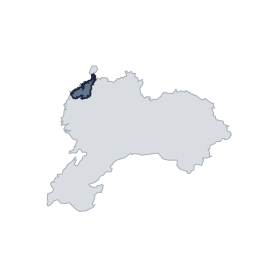 Guangdong highlighted on a map of China, rotated 165°
{"feature_id": "CHN-1180", "entity_name": "Guangdong", "entity_type": "Province", "adm_level": 1, "iso_a3": "CHN", "parent_name": "China", "parent_adm1": "", "projection": "albers", "projection_center": [112.97, 22.878], "detail": "fine", "context": "in_parent", "style": "filled", "palette": "slate", "viewbox_px": 256, "rotation_deg": 165, "n_neighbors": 0, "source": "natural_earth", "source_scale": "10m", "svg_char_len": 9128}
<svg xmlns="http://www.w3.org/2000/svg" viewBox="0 0 256 256"><g transform="rotate(165 128 128)"><path d="M139.9,183.5L135.0,181.4L134.7,179.3L135.6,178.2L132.1,177.4L130.0,175.6L124.8,178.6L123.7,177.5L121.2,178.7L119.4,177.4L118.0,178.8L116.4,178.2L115.7,179.1L116.1,183.6L114.3,183.3L113.8,181.0L110.2,181.8L109.5,179.5L106.8,178.8L108.3,175.6L106.0,174.4L105.6,171.5L106.3,170.6L101.5,171.0L102.1,169.8L101.6,168.1L103.0,165.7L106.3,163.5L106.9,156.6L105.7,156.5L105.2,154.0L103.8,152.4L102.4,153.5L98.8,152.3L100.0,151.0L99.6,149.7L98.5,150.1L99.4,148.9L98.4,148.0L95.9,149.4L93.3,147.9L88.0,150.0L85.6,152.5L83.0,153.0L80.7,151.3L75.9,149.6L71.6,153.0L71.2,149.7L67.4,150.2L64.0,148.4L63.2,149.0L62.4,148.1L61.7,148.8L60.8,147.1L58.9,146.6L59.2,145.5L56.2,143.6L56.0,142.3L54.1,142.1L49.7,136.4L47.5,135.9L46.2,136.8L40.5,129.9L39.2,130.0L39.7,127.4L39.1,124.9L41.9,125.7L41.6,119.4L42.7,118.4L40.7,116.5L40.7,113.1L34.8,110.3L34.2,109.2L34.5,106.8L30.3,103.7L32.9,103.4L32.4,102.4L33.0,99.3L29.9,97.6L30.2,94.3L31.2,94.0L32.0,92.4L35.1,91.5L37.5,91.5L37.6,92.8L39.7,93.2L42.2,91.1L46.1,91.9L48.5,90.5L53.6,89.8L53.9,87.5L55.3,86.9L55.0,86.2L56.3,86.1L55.7,82.3L56.6,80.1L54.9,79.1L60.9,78.6L63.3,80.0L63.8,79.0L63.0,78.2L66.4,72.9L71.5,75.2L73.8,74.8L75.2,70.5L78.0,70.2L79.3,68.4L82.2,68.6L82.3,70.9L88.9,75.2L90.5,79.5L88.8,83.1L89.3,84.4L97.4,86.5L102.9,89.7L102.7,90.6L105.5,96.0L121.9,98.2L123.9,99.8L128.8,101.7L131.4,101.4L131.3,102.2L132.9,102.6L138.8,100.2L147.1,99.9L150.6,98.7L152.6,96.6L155.5,95.2L153.9,92.7L155.5,90.1L160.8,91.3L163.9,88.9L167.4,88.6L170.1,85.5L172.5,85.1L172.8,84.3L180.4,83.7L179.8,82.0L175.9,79.1L173.7,79.2L172.4,80.4L170.6,79.7L167.9,80.4L166.8,78.8L170.2,72.7L173.8,73.7L178.0,71.6L177.6,70.4L180.2,66.1L182.1,64.3L181.8,62.7L179.9,62.3L182.6,60.3L190.3,58.9L196.5,60.1L198.7,62.2L203.2,69.3L203.2,70.7L209.3,71.6L212.7,73.1L214.6,77.1L219.1,76.4L221.0,74.7L224.3,73.3L225.5,73.5L226.1,75.4L224.5,77.2L224.1,81.1L222.4,85.5L218.3,85.4L215.8,87.5L217.4,92.8L217.0,94.7L215.0,95.6L215.4,96.3L213.2,94.8L212.8,96.9L210.5,98.8L207.7,99.3L208.6,100.6L208.2,101.5L203.5,100.7L201.4,104.0L197.9,106.1L196.1,108.3L191.5,109.9L186.1,113.6L185.9,112.9L187.7,112.0L188.1,110.9L186.3,111.0L186.3,110.4L189.3,106.5L187.8,104.8L185.7,105.2L183.5,107.9L180.1,109.9L178.8,112.2L174.8,112.5L174.5,115.3L178.8,116.6L179.0,119.4L180.2,120.2L181.7,120.0L183.3,117.9L184.9,117.2L188.0,118.5L191.5,118.5L190.5,120.8L189.1,120.4L185.4,121.9L184.9,123.9L183.3,123.7L183.7,124.6L180.1,129.3L184.0,131.4L186.4,137.7L190.0,140.6L189.8,141.4L185.3,140.0L183.7,140.8L186.0,140.5L190.2,144.0L187.0,146.9L185.4,147.0L184.6,147.6L188.3,147.2L191.4,148.7L189.4,150.4L191.0,150.3L191.0,151.7L189.3,151.9L190.1,152.5L189.5,153.8L190.0,155.2L188.4,155.2L187.0,156.6L184.7,162.3L183.0,161.7L184.2,163.5L182.7,164.7L181.5,164.5L183.3,164.9L183.4,167.4L181.8,167.2L182.2,168.1L181.1,168.3L180.0,170.7L177.0,171.4L177.8,172.3L175.3,175.1L173.6,174.9L172.0,177.8L162.8,179.7L160.9,177.3L160.2,178.1L161.1,180.9L159.3,181.0L157.4,182.7L156.6,181.9L156.3,182.9L155.0,182.4L153.7,183.6L149.1,184.4L148.1,186.0L149.5,187.8L148.8,188.7L147.0,188.4L146.2,186.1L147.3,183.8L145.9,182.9L144.3,184.0L141.9,182.0L141.9,183.1L139.9,183.5ZM150.0,189.4L151.3,191.3L147.6,196.2L145.4,197.1L142.3,195.7L142.2,192.6L144.6,190.3L150.0,189.4ZM190.2,142.2L189.0,142.1L187.8,141.1L188.7,141.2L190.2,142.2ZM192.0,147.9L191.1,148.2L190.9,147.7L192.0,147.9ZM184.2,166.6L183.7,167.2L183.7,166.4L184.2,166.6ZM148.6,185.8L149.5,185.5L149.5,186.0L148.6,185.8Z" fill="#d9dde1" stroke="#a8b0b8" stroke-width="1"/><path d="M164.3,179.3L163.0,179.7L162.6,179.6L162.3,180.0L162.2,179.7L162.3,179.7L162.1,179.4L161.8,178.7L161.4,178.7L161.3,178.2L161.3,178.4L161.3,178.1L161.2,178.2L161.4,177.6L161.2,178.1L161.3,177.6L161.1,178.0L161.2,177.6L161.0,177.8L161.0,177.5L161.6,177.2L162.0,177.2L161.6,177.1L160.9,177.5L160.5,177.3L160.9,177.7L160.8,178.0L159.8,178.1L160.3,178.2L160.8,178.7L160.6,178.8L160.4,178.7L161.2,179.5L161.0,180.0L161.1,180.3L161.3,180.3L161.1,180.6L161.2,180.8L160.8,181.2L160.0,180.3L159.6,179.5L159.6,179.8L160.5,181.1L160.1,181.1L159.9,181.4L159.9,181.6L159.6,181.7L159.4,181.4L159.4,180.9L159.3,181.0L159.2,181.3L159.1,182.0L158.6,182.4L158.3,182.0L157.6,182.4L157.5,182.7L157.3,182.8L156.8,182.5L156.7,182.2L157.1,182.0L156.7,182.0L156.7,181.5L156.5,181.9L156.7,182.6L156.6,182.9L156.3,183.0L155.9,182.8L155.9,182.5L155.3,182.6L155.2,182.6L155.3,182.3L155.1,182.5L154.8,182.1L154.8,182.6L155.2,182.7L154.7,183.1L154.6,182.8L154.0,182.7L154.3,182.9L154.3,183.1L154.2,183.3L154.4,183.4L154.1,183.3L153.8,183.7L153.6,183.5L153.2,183.8L153.0,183.4L152.9,183.6L153.0,183.7L152.8,183.7L152.4,184.1L152.5,183.8L152.1,183.7L152.0,183.8L151.7,183.9L151.9,183.8L151.5,183.7L151.3,183.8L151.3,184.0L151.5,183.9L151.3,184.1L150.9,184.3L150.5,184.2L150.0,184.8L150.1,184.4L150.0,184.5L150.0,184.3L150.4,184.2L150.5,184.0L150.0,184.3L150.0,184.9L149.7,184.8L149.8,184.9L149.4,184.9L149.2,185.0L149.2,184.7L149.4,184.7L149.2,184.6L149.2,184.2L148.9,184.0L149.0,184.5L148.8,184.5L149.1,184.9L149.1,185.1L148.4,185.7L148.1,185.8L148.1,186.4L148.9,186.4L149.1,186.8L149.0,187.0L148.9,186.9L148.8,186.6L148.7,187.2L148.8,187.1L148.7,187.3L148.9,187.3L149.1,187.5L149.3,187.6L149.5,188.0L149.0,188.7L148.6,188.9L148.4,188.8L148.0,188.9L147.6,188.7L147.2,188.9L147.2,188.5L147.0,188.2L147.4,188.4L147.5,188.1L147.4,187.9L147.3,188.0L147.2,187.8L147.2,188.1L147.1,187.9L146.8,187.8L146.9,187.4L146.8,187.6L146.7,187.3L146.6,187.1L147.0,186.9L146.7,187.0L146.6,186.4L146.5,186.6L146.4,186.4L146.4,186.6L146.2,186.1L146.4,185.6L146.3,185.3L146.4,185.0L146.6,185.1L146.7,184.9L146.7,184.3L146.8,184.4L147.3,184.3L147.2,184.2L147.4,183.9L147.0,183.7L146.9,183.9L146.8,183.5L146.6,183.4L146.6,183.1L146.9,183.2L147.3,183.0L147.5,182.3L148.0,182.1L149.0,182.2L148.9,181.0L149.2,180.9L149.5,181.2L150.0,181.1L150.2,180.6L150.6,180.6L150.3,180.3L150.2,179.8L150.4,179.8L150.5,179.4L151.2,179.3L151.3,179.1L151.6,179.2L151.8,178.9L151.6,178.8L152.2,178.7L152.8,178.1L153.0,177.5L152.9,177.2L152.9,176.3L153.2,175.2L153.8,175.0L153.8,174.6L154.0,174.3L154.5,174.3L154.6,173.9L154.9,173.7L154.8,172.7L155.4,172.2L155.2,171.7L155.3,171.4L155.0,171.1L155.0,170.8L155.6,170.3L155.8,170.4L155.9,169.9L155.7,169.8L156.0,168.8L157.6,169.0L157.9,169.6L158.4,169.8L158.9,169.7L158.9,168.9L159.1,168.6L158.6,168.6L158.4,168.2L158.7,168.3L159.8,167.5L160.0,167.5L160.3,167.8L160.5,168.0L160.9,168.0L161.1,168.2L161.5,168.1L161.9,168.2L162.2,167.8L162.7,167.8L162.8,168.5L163.1,168.3L163.7,168.3L164.3,168.0L164.7,167.8L164.8,168.1L165.3,168.4L165.2,168.9L165.4,169.0L164.2,169.6L163.9,170.5L163.3,170.9L164.0,171.3L164.2,171.6L165.1,171.2L165.3,171.4L165.5,171.0L165.9,171.2L166.2,170.9L166.6,170.7L167.0,170.8L167.4,170.5L167.6,170.5L168.0,170.4L169.0,171.3L169.3,171.3L169.2,170.2L169.4,170.0L169.7,170.0L169.7,169.8L170.2,169.9L170.5,170.1L171.0,170.1L171.5,170.1L172.0,171.0L172.6,170.7L173.0,170.8L172.9,171.3L173.4,171.9L173.7,172.6L173.6,173.1L174.1,174.5L174.6,175.0L174.3,175.3L174.2,174.9L173.8,175.0L173.6,174.8L173.5,175.1L173.5,175.7L173.1,176.1L172.7,176.1L172.2,175.9L172.4,176.3L173.0,176.2L173.2,176.6L172.9,176.4L172.7,176.4L172.9,176.6L172.7,176.9L172.5,176.6L172.1,176.6L172.2,176.8L172.5,176.7L172.2,177.1L172.4,177.5L172.1,177.8L171.7,177.9L171.3,177.7L171.1,177.7L171.3,177.8L170.8,178.2L170.6,178.3L170.7,178.0L170.4,177.9L170.5,178.2L169.6,178.7L169.5,178.4L169.1,178.1L169.2,177.9L168.6,178.3L168.5,178.2L168.0,178.0L168.3,178.1L168.3,178.3L168.6,178.3L168.8,178.2L168.5,178.6L168.6,178.8L168.7,178.7L168.7,179.0L167.9,178.9L168.1,178.6L167.9,178.6L167.4,178.5L167.7,178.3L167.7,178.1L167.4,178.3L167.2,178.4L167.2,178.6L166.7,178.5L166.6,178.9L166.5,179.0L166.3,178.7L166.0,178.7L166.4,179.0L166.1,179.5L166.0,179.3L165.5,179.3L165.5,178.8L165.8,178.6L165.7,178.4L164.7,178.9L164.7,179.2L165.0,179.2L164.6,179.5L164.8,179.5L165.1,179.7L164.7,179.9L164.3,179.3ZM149.6,185.7L149.5,186.1L149.2,185.8L148.5,185.9L148.5,185.7L148.8,185.5L148.6,185.5L149.0,185.4L149.1,185.7L149.6,185.5L149.6,185.7ZM158.1,182.8L158.5,182.9L158.2,183.0L158.3,183.5L158.1,183.5L158.0,183.3L158.1,183.1L157.9,183.0L158.1,182.8ZM160.8,178.1L161.2,178.7L160.5,178.2L160.8,178.1ZM154.6,183.3L155.2,183.2L155.2,183.4L154.5,183.6L154.6,183.3ZM149.9,185.1L149.6,185.4L149.1,185.1L149.6,185.0L149.9,185.1ZM161.0,178.8L161.4,179.1L161.4,179.4L160.8,178.9L161.0,178.8ZM173.7,175.8L174.4,175.5L174.4,175.9L173.7,175.8ZM157.6,183.0L157.7,183.3L157.2,183.5L157.3,183.1L157.6,183.0ZM160.5,181.5L160.5,181.8L160.1,181.7L160.4,181.5L160.5,181.5ZM160.4,181.2L160.2,181.5L160.0,181.3L160.4,181.2ZM149.8,186.0L149.8,186.3L149.6,186.2L149.8,186.0ZM160.8,181.4L161.0,181.4L160.8,181.5L160.8,181.4ZM160.0,182.1L160.0,182.3L159.8,182.2L160.0,182.1ZM149.3,187.3L149.3,187.5L149.1,187.2L149.3,187.3ZM161.0,177.9L161.1,178.1L160.9,178.1L161.0,177.9ZM173.9,175.2L173.9,175.4L173.7,175.4L173.9,175.2ZM161.3,180.0L161.5,180.1L161.3,180.2L161.3,180.0ZM163.9,181.5L163.5,181.7L163.9,181.5ZM161.9,181.8L161.9,182.0L161.8,181.9L161.9,181.8Z" fill="#64748b" stroke="#1e293b" stroke-width="1.5"/></g></svg>